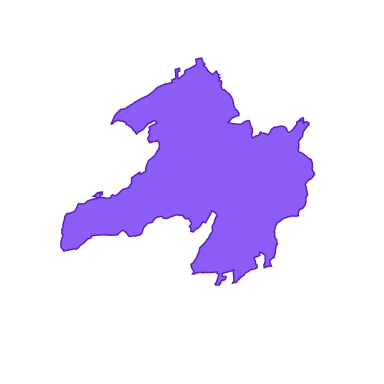 Romanasi, Salaj, Romania (Natural Earth projection), rotated 312°
{"feature_id": "2599482B65987925441026", "entity_name": "Romanasi", "entity_type": "district", "adm_level": 2, "iso_a3": "ROU", "parent_name": "Romania", "parent_adm1": "Salaj", "projection": "natural_earth1", "projection_center": [23.168, 47.11], "detail": "fine", "context": "isolated", "style": "filled", "palette": "violet", "viewbox_px": 384, "rotation_deg": 312, "n_neighbors": 0, "source": "geoboundaries", "source_scale": "gbopen_adm2", "svg_char_len": 6110}
<svg xmlns="http://www.w3.org/2000/svg" viewBox="0 0 384 384"><g transform="rotate(312 192 192)"><path d="M293.5,262.6L295.6,259.3L295.8,257.6L295.1,256.7L295.0,255.8L294.8,249.0L294.2,246.6L293.4,245.5L293.3,244.4L294.5,242.7L296.7,241.4L301.4,237.2L307.4,236.9L309.9,235.0L312.4,234.2L319.4,233.5L319.8,234.1L321.6,232.6L321.0,230.6L320.2,229.4L318.6,229.0L318.1,229.4L317.7,229.2L317.6,228.6L318.1,228.2L318.8,226.6L319.5,227.3L320.4,226.6L321.4,225.0L321.3,224.6L319.2,224.2L318.3,223.5L317.9,224.7L317.2,224.9L316.8,224.6L316.8,223.9L314.2,223.0L312.6,224.6L304.9,225.2L301.9,224.5L301.0,223.5L300.8,222.6L302.4,219.6L302.4,217.1L300.5,213.8L296.6,211.4L295.6,210.1L293.1,209.3L291.4,209.2L285.7,210.6L285.0,209.5L284.8,207.9L284.1,206.6L282.5,204.7L282.4,202.7L280.7,203.0L279.8,203.8L277.5,203.0L276.0,201.8L274.9,201.4L274.0,201.6L272.8,200.7L274.5,197.8L276.4,197.3L277.1,196.3L278.4,195.7L279.2,194.7L280.4,191.5L281.0,190.8L282.1,188.4L283.2,187.6L283.3,187.1L282.0,185.5L279.6,184.1L275.0,183.1L271.2,178.2L268.7,174.3L267.7,172.1L268.1,171.7L270.4,172.7L271.8,172.2L273.6,172.3L278.3,174.2L279.9,175.6L280.8,175.3L282.2,173.6L282.9,170.4L282.6,169.4L283.1,166.9L287.4,161.1L288.3,159.5L289.8,154.6L289.5,151.9L289.8,147.5L288.4,146.5L289.3,144.2L290.8,141.9L292.2,141.7L292.5,141.0L293.1,140.8L293.2,140.4L294.1,139.9L294.1,139.3L292.6,138.1L293.7,136.9L295.8,136.3L295.3,135.2L295.4,134.4L296.5,133.8L297.3,134.0L297.0,131.5L298.1,129.8L298.1,129.0L293.2,128.9L292.6,123.9L293.8,119.0L293.6,115.7L295.6,116.1L295.8,115.2L295.7,114.0L296.6,111.4L298.0,109.9L297.3,109.5L296.8,108.3L295.2,107.5L293.2,106.0L290.8,108.9L289.4,110.1L280.0,106.9L279.5,106.2L277.9,105.7L276.1,106.2L275.4,107.6L267.4,106.3L267.0,106.2L267.5,104.8L271.6,101.0L273.7,101.9L275.6,99.9L273.8,99.0L271.9,97.5L266.4,103.4L265.3,103.9L265.2,103.5L261.6,102.0L260.2,104.1L255.9,101.2L254.7,100.0L246.6,96.4L239.8,95.8L234.1,94.6L227.0,91.7L220.3,89.4L217.5,89.0L215.0,88.0L213.4,87.9L212.4,87.2L210.6,87.2L207.8,85.6L205.4,83.7L199.4,83.4L196.9,83.6L188.5,86.4L189.6,87.4L192.0,87.1L195.9,89.0L196.3,89.6L196.5,91.1L197.2,91.6L198.4,93.3L199.1,96.6L198.0,98.3L199.0,99.1L199.4,104.4L198.6,107.1L198.7,108.0L198.0,112.0L200.4,112.1L205.6,113.8L213.4,113.6L215.9,115.0L220.3,116.2L219.8,119.1L219.9,119.8L212.8,117.1L211.2,116.8L210.1,119.1L207.6,119.5L207.0,120.1L206.6,121.8L206.2,122.3L202.4,123.1L200.8,125.5L201.7,126.0L200.4,127.4L201.5,128.0L201.3,128.4L203.1,129.2L206.6,132.0L207.2,133.0L206.5,134.2L206.5,135.0L205.7,135.4L205.4,136.3L201.2,139.0L200.2,138.5L194.4,139.9L185.8,138.8L180.1,141.0L177.5,142.5L176.9,143.9L170.2,141.7L170.2,141.3L171.7,139.9L162.1,137.6L157.9,141.3L153.9,141.8L151.8,141.5L147.6,138.8L141.0,138.3L138.1,137.7L136.9,136.4L137.2,135.2L135.8,134.6L135.2,134.5L134.5,135.2L132.9,135.1L131.6,134.4L130.1,132.6L129.0,130.5L126.3,127.3L125.4,126.7L129.3,126.5L130.4,127.0L132.0,125.3L129.3,124.3L130.2,123.7L128.6,122.7L128.4,122.3L125.7,122.0L124.7,122.2L122.8,121.5L123.8,123.3L124.2,125.0L123.5,125.6L122.7,125.3L121.8,124.2L116.5,120.9L115.6,120.5L112.2,120.2L111.1,119.6L109.2,117.9L108.3,116.9L108.0,116.0L107.0,115.5L101.3,117.4L98.3,117.6L97.7,117.4L97.2,116.6L93.5,115.1L93.2,114.1L91.9,113.4L88.5,114.0L86.7,115.3L81.3,118.0L80.1,119.6L78.6,119.8L76.8,120.5L75.8,121.7L74.2,122.9L73.5,125.1L70.3,126.3L67.3,128.1L64.2,130.6L63.8,131.6L63.2,131.8L63.1,134.2L62.5,135.1L62.4,136.3L70.9,142.5L71.8,144.0L74.0,144.9L78.1,144.7L81.3,145.7L87.5,146.0L89.1,147.1L91.1,147.5L92.4,146.8L96.7,150.5L101.1,155.0L106.2,161.3L110.0,165.0L110.8,165.5L112.3,165.1L115.9,165.7L117.5,166.4L117.7,170.9L116.8,174.8L117.0,175.3L120.6,177.9L121.2,179.5L123.9,180.9L125.2,182.1L126.1,182.3L129.0,182.0L131.0,180.7L134.6,179.7L135.4,180.0L137.8,179.9L140.0,180.5L142.1,182.3L143.3,182.8L147.2,182.2L149.1,182.6L152.5,184.6L153.4,185.7L153.6,186.5L153.5,187.8L153.8,189.1L155.0,190.5L156.2,191.5L160.6,193.3L161.3,194.0L163.2,194.8L165.3,196.3L166.6,198.9L167.7,199.6L168.1,200.3L168.3,201.6L167.7,203.6L168.1,205.7L170.0,206.9L168.4,212.8L164.5,213.2L164.2,216.1L162.0,217.3L162.7,219.0L163.6,219.6L167.8,219.8L168.5,220.7L173.1,220.8L176.7,220.0L177.8,221.3L178.3,222.7L181.2,221.8L183.8,221.5L185.5,220.7L186.5,220.8L190.3,219.9L191.0,219.4L191.5,220.4L191.6,221.2L192.3,222.7L191.4,226.7L189.0,226.6L186.9,227.6L185.6,227.7L185.2,228.6L184.5,229.0L182.3,229.3L180.0,230.1L178.9,230.9L177.2,232.9L175.5,233.8L172.1,233.9L169.2,235.1L165.9,235.0L164.6,235.6L155.7,235.2L154.4,235.8L152.9,237.1L149.6,238.0L146.1,239.5L143.8,239.6L140.5,240.3L137.9,239.7L137.3,239.9L136.5,240.5L136.2,241.6L135.3,242.9L134.3,246.3L132.9,247.1L131.4,247.3L133.4,249.1L135.0,249.5L137.7,251.8L138.9,253.1L139.5,254.5L141.2,255.5L141.7,256.5L146.0,261.1L149.4,264.1L148.4,264.7L148.9,267.1L141.6,270.5L140.3,270.7L139.6,270.4L138.6,271.6L141.1,274.5L142.2,273.9L142.9,274.6L145.4,272.9L146.7,274.0L146.8,273.4L147.5,273.7L148.6,275.2L150.7,274.9L151.7,274.2L151.6,273.1L150.1,271.8L149.4,270.7L152.0,269.1L159.0,273.7L162.0,275.1L161.4,275.9L160.7,275.7L155.1,281.6L153.9,282.5L151.5,283.2L153.3,284.2L153.9,285.1L155.8,285.4L157.6,285.0L158.7,285.4L159.8,285.0L160.8,285.6L161.2,285.1L165.1,286.3L165.9,285.9L168.1,286.0L170.7,287.1L174.0,287.5L175.0,289.0L179.1,291.1L181.2,289.1L181.0,288.4L181.3,287.4L183.0,285.2L184.7,282.1L186.2,282.5L186.3,283.0L190.2,284.9L192.5,282.5L192.9,282.9L193.3,284.2L194.1,288.5L189.7,292.7L185.6,294.5L184.0,296.4L186.0,297.3L187.3,297.5L187.9,299.1L189.6,299.4L190.0,300.6L192.6,295.7L196.3,296.0L198.4,296.8L198.8,296.6L198.9,295.7L201.3,295.4L207.3,291.0L209.0,290.4L210.2,290.6L211.1,289.0L212.9,287.1L213.4,285.9L213.6,284.3L215.0,282.4L216.7,281.2L218.0,279.4L222.6,277.0L226.5,275.9L229.2,277.0L231.4,277.2L234.8,278.3L240.7,282.0L244.3,286.1L245.6,286.9L247.3,285.1L250.7,283.8L254.0,285.2L257.9,284.7L260.7,283.4L262.4,281.7L263.7,280.8L267.5,279.5L269.3,277.3L270.3,275.5L272.0,273.9L272.3,272.6L273.6,271.0L278.7,270.5L280.6,271.4L283.2,271.7L287.0,271.3L287.7,270.8L288.2,268.4L289.5,265.6L290.3,265.4L293.5,262.6Z" fill="#8b5cf6" stroke="#5b21b6" stroke-width="1.5"/></g></svg>